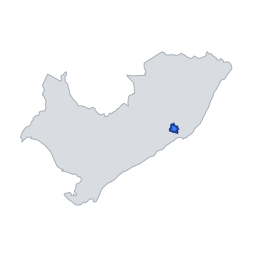 Castrovirreyna, Huancavelica, Peru shown in context, rotated 266°
{"feature_id": "86281439B87306376910485", "entity_name": "Castrovirreyna", "entity_type": "district", "adm_level": 2, "iso_a3": "PER", "parent_name": "Peru", "parent_adm1": "Huancavelica", "projection": "orthographic", "projection_center": [-75.406, -13.15], "detail": "fine", "context": "in_parent", "style": "filled", "palette": "blue", "viewbox_px": 256, "rotation_deg": 266, "n_neighbors": 0, "source": "geoboundaries", "source_scale": "gbopen_adm2", "svg_char_len": 5828}
<svg xmlns="http://www.w3.org/2000/svg" viewBox="0 0 256 256"><g transform="rotate(266 128 128)"><path d="M188.2,69.6L188.2,70.3L187.2,70.7L186.3,70.1L185.0,70.3L183.1,68.5L178.4,68.7L176.4,70.7L173.3,71.1L169.9,72.0L166.1,72.3L160.1,75.5L158.8,76.9L156.1,78.8L153.8,79.4L152.7,85.4L150.6,88.9L149.7,90.8L150.9,93.7L150.8,95.1L149.6,96.3L148.6,96.4L146.6,97.6L143.5,100.2L143.0,102.3L143.9,105.0L143.6,105.3L141.1,105.8L141.1,107.3L140.6,107.9L142.7,110.0L143.9,110.6L144.0,111.1L143.8,111.7L143.3,111.9L143.3,112.4L144.8,114.0L145.9,117.2L148.1,118.8L148.1,119.8L148.8,120.9L149.9,121.6L152.6,124.9L152.6,126.4L149.8,129.8L154.4,129.8L159.5,131.1L160.2,131.6L160.8,133.2L160.8,134.2L161.8,135.0L161.7,136.9L168.4,137.0L172.7,136.6L179.7,131.0L180.9,130.6L180.2,131.8L180.2,132.7L180.5,133.7L179.7,135.1L179.4,149.1L180.7,148.4L182.3,149.7L183.5,149.8L187.3,148.3L191.7,148.7L201.6,167.2L200.7,168.5L200.7,169.4L199.4,170.2L198.1,171.6L197.9,178.9L196.8,181.1L197.3,182.2L197.8,184.6L198.7,186.0L198.9,186.9L198.8,187.2L197.4,188.0L197.2,189.3L194.7,191.8L194.1,193.6L193.2,194.1L192.9,196.1L195.2,199.4L193.6,201.3L192.2,204.1L194.3,210.2L195.2,211.1L196.2,211.0L197.7,211.6L198.5,212.5L196.6,213.6L196.3,214.1L196.4,216.0L194.3,217.5L191.5,221.2L190.8,221.4L189.4,222.5L189.1,223.0L189.3,223.6L190.5,224.7L190.5,226.1L188.5,227.7L187.2,227.9L186.6,228.3L187.1,230.7L187.1,231.7L186.6,232.9L185.6,234.2L182.7,235.6L180.1,235.8L175.7,232.2L174.4,230.8L170.0,227.8L169.3,224.7L167.9,223.2L165.2,222.0L163.0,220.4L161.4,219.6L157.4,216.1L153.8,215.0L146.9,211.2L143.2,210.0L138.5,206.6L135.9,205.6L133.9,204.0L127.6,200.6L126.6,199.5L125.7,197.8L124.3,196.8L122.7,194.5L120.4,193.2L118.1,191.4L115.4,186.6L114.1,185.5L114.0,183.3L113.0,182.3L114.4,181.6L115.2,178.2L114.8,176.5L111.6,171.9L110.9,170.0L108.6,166.5L107.7,164.4L105.8,162.9L105.0,161.6L104.0,161.1L103.9,159.4L103.2,156.4L102.1,154.8L98.4,152.0L98.0,148.8L97.1,146.6L91.8,137.9L88.7,129.4L86.1,124.7L85.1,122.0L85.0,120.6L83.0,118.1L82.0,115.8L77.7,111.5L75.2,106.6L74.8,105.2L73.1,102.5L70.4,99.1L69.0,97.7L60.7,93.5L56.9,91.0L56.4,89.7L56.6,88.9L57.4,88.1L58.6,88.6L59.3,88.4L59.9,87.4L59.8,86.0L59.1,84.1L56.4,80.6L57.1,78.9L54.4,74.8L55.0,70.7L55.6,69.7L59.6,65.5L60.7,63.7L62.4,62.6L64.1,60.9L66.2,59.6L66.8,60.0L67.4,62.2L67.3,63.6L67.9,65.2L66.5,66.8L64.9,66.5L64.3,66.9L64.1,67.6L64.3,68.7L64.7,69.1L65.9,69.1L64.3,71.3L64.5,71.8L65.6,72.1L66.6,71.6L67.8,70.3L68.4,70.1L72.5,72.2L74.3,71.9L75.8,72.8L76.0,74.4L78.0,77.3L81.0,78.0L81.5,77.8L82.2,76.6L82.8,76.5L82.9,74.8L85.5,73.0L85.9,71.7L85.5,70.9L85.6,70.2L87.1,66.2L87.6,65.8L88.0,64.5L88.6,63.8L89.5,59.3L90.2,59.3L90.9,60.4L91.7,60.1L91.3,59.1L91.4,58.7L94.3,55.2L95.2,54.4L109.1,49.4L116.1,44.4L122.2,37.4L124.2,30.4L124.9,30.9L126.0,30.7L125.6,27.9L125.9,26.6L125.9,26.2L124.0,24.5L123.2,22.6L121.5,21.6L121.6,21.2L123.4,21.6L125.0,21.4L126.3,20.2L127.3,20.3L129.6,21.9L131.3,22.1L131.9,23.2L133.5,24.0L135.9,26.5L136.9,29.1L136.8,29.6L137.9,31.0L140.2,31.7L142.4,33.6L144.8,34.2L145.8,36.0L146.5,36.6L146.8,37.6L146.4,38.8L146.7,39.4L148.5,40.5L150.0,40.5L150.3,41.0L151.1,43.9L150.6,45.4L150.8,46.2L152.7,46.9L153.3,47.6L154.8,47.7L157.0,47.1L159.7,48.1L161.8,47.8L162.8,47.5L163.8,46.9L164.6,46.9L166.7,45.1L167.3,45.0L169.6,45.8L171.5,47.1L173.9,46.9L174.8,46.1L176.6,45.7L179.7,47.4L180.3,48.1L181.2,48.3L184.5,49.9L185.1,50.5L186.8,51.2L187.2,51.7L187.1,52.2L179.2,64.1L181.6,65.1L183.9,64.6L185.0,65.4L185.9,67.4L187.6,68.7L188.2,69.6Z" fill="#d9dde1" stroke="#a8b0b8" stroke-width="1"/><path d="M129.0,173.8L128.9,173.7L128.7,173.4L128.4,173.2L128.5,173.1L128.5,172.9L128.4,172.7L128.4,172.4L128.5,172.3L128.5,172.2L128.5,171.9L128.4,171.7L128.5,171.7L128.4,171.6L128.4,171.4L128.3,171.2L128.2,171.1L127.9,171.2L127.8,171.3L127.7,171.3L127.4,171.3L127.3,171.5L127.2,171.5L127.2,171.8L126.9,171.6L126.7,171.5L126.6,171.4L126.6,171.2L126.4,171.2L126.2,170.9L126.1,170.7L125.9,170.7L125.8,170.8L125.7,171.0L125.4,171.0L125.2,171.0L125.2,171.3L124.9,171.3L124.9,171.2L124.8,170.9L124.7,170.8L124.8,170.7L124.7,170.6L124.5,170.3L124.5,170.2L124.5,169.9L124.4,169.8L124.3,169.7L124.2,169.6L123.9,169.7L123.7,169.4L123.5,169.5L123.4,169.5L123.2,169.7L122.9,169.6L122.8,169.8L122.7,170.0L122.6,169.9L122.6,170.0L122.5,169.9L122.4,169.9L122.4,170.0L122.1,170.3L121.9,170.4L121.8,170.5L121.7,170.8L121.6,171.0L121.6,171.3L121.7,171.5L121.8,171.6L121.9,171.8L121.8,172.1L121.7,172.2L121.7,172.3L121.5,172.5L121.6,172.8L121.3,172.9L121.2,172.9L121.1,172.7L120.9,172.6L120.8,172.8L120.9,173.0L120.7,173.0L120.7,173.3L120.7,173.5L120.7,173.8L120.8,173.8L120.9,174.0L120.7,174.3L120.8,174.4L120.8,174.5L120.8,174.8L120.7,175.0L120.8,175.3L120.7,175.3L120.8,175.4L120.7,175.5L120.4,175.8L120.2,175.8L119.9,176.0L119.7,176.2L119.7,176.4L119.7,176.5L119.5,176.8L119.8,176.9L119.9,177.0L120.0,176.9L120.0,177.0L120.2,176.9L120.3,176.9L120.5,177.0L120.8,177.1L120.9,177.3L121.0,177.3L121.0,177.2L121.3,177.2L121.5,177.0L121.8,177.0L121.8,176.9L122.0,176.7L122.0,176.8L122.3,176.9L122.5,176.9L122.7,176.7L122.8,176.7L123.0,176.6L123.1,176.4L123.1,176.5L123.2,176.8L123.3,176.9L123.3,177.0L123.5,177.2L123.5,177.3L123.4,177.3L123.4,177.5L123.4,177.8L123.3,178.0L123.2,178.2L123.2,178.3L123.3,178.3L123.4,178.2L123.6,178.1L123.8,178.0L123.9,177.9L123.9,177.7L124.0,177.6L124.3,177.6L124.5,177.5L124.8,177.4L124.9,177.6L125.1,177.5L125.3,177.4L125.3,177.2L125.5,177.0L125.5,176.9L125.8,177.0L126.0,177.0L126.0,176.9L126.1,177.0L126.1,176.9L126.2,176.7L126.3,176.6L126.4,176.4L126.5,176.2L126.4,176.1L126.5,175.9L126.6,175.7L126.8,175.5L126.8,175.4L127.0,175.3L126.9,175.3L126.9,175.2L126.9,174.8L127.0,174.7L127.5,174.6L127.5,174.4L127.7,174.5L127.8,174.5L128.0,174.4L128.3,174.3L128.3,174.2L128.5,174.0L128.7,173.9L128.8,173.8L129.0,173.8L129.0,173.8Z" fill="#3b82f6" stroke="#1e3a8a" stroke-width="1.5"/></g></svg>